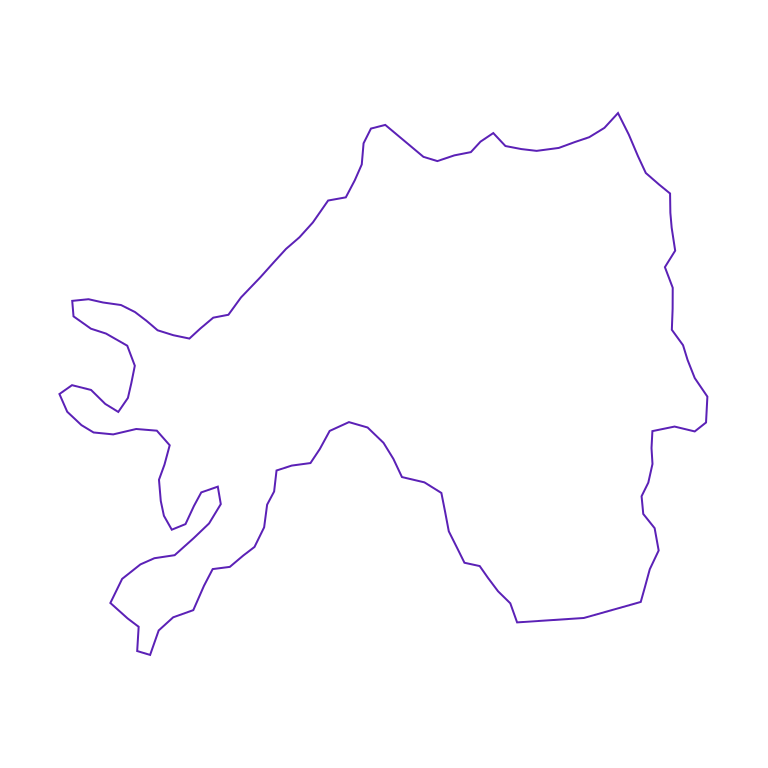 the district of União do Oeste, Santa Catarina, Brazil, rotated 3°
{"feature_id": "56859067B25925090091720", "entity_name": "União do Oeste", "entity_type": "district", "adm_level": 2, "iso_a3": "BRA", "parent_name": "Brazil", "parent_adm1": "Santa Catarina", "projection": "natural_earth1", "projection_center": [-52.874, -26.79], "detail": "fine", "context": "isolated", "style": "outline", "palette": "violet", "viewbox_px": 768, "rotation_deg": 3, "n_neighbors": 0, "source": "geoboundaries", "source_scale": "gbopen_adm2", "svg_char_len": 1869}
<svg xmlns="http://www.w3.org/2000/svg" viewBox="0 0 768 768"><g transform="rotate(3 384 384)"><path d="M651.8,588.2L655.2,573.1L659.1,555.1L667.0,535.9L661.8,513.8L649.7,500.2L647.1,482.6L653.1,468.7L656.3,449.8L654.5,434.0L654.5,417.0L676.4,411.3L696.8,415.1L707.6,405.6L707.6,379.7L694.0,361.8L685.9,344.1L680.6,329.6L668.6,314.8L668.3,293.9L667.3,272.8L658.4,252.6L667.8,235.6L663.1,212.9L661.0,198.0L659.7,178.8L648.5,170.6L634.4,159.6L625.7,143.2L615.5,122.3L603.5,101.2L590.7,116.7L576.0,126.8L561.9,132.4L546.2,139.1L524.2,143.2L508.8,142.2L492.8,140.0L480.0,127.7L467.7,136.9L458.6,147.9L442.3,152.0L425.6,158.6L411.5,155.1L371.7,125.2L357.6,129.6L351.0,144.7L350.3,165.9L344.2,182.0L336.1,199.6L318.6,203.7L304.5,226.4L291.9,241.9L279.1,254.2L267.9,267.8L255.0,283.8L236.7,305.0L225.0,323.0L210.0,326.7L197.8,338.1L187.3,348.8L171.1,346.3L155.1,342.2L143.6,333.4L131.6,325.2L117.2,318.9L99.1,317.3L84.5,314.8L68.3,317.3L70.4,332.7L88.4,344.1L103.8,348.2L125.6,359.2L134.2,378.8L131.6,396.5L129.0,411.3L120.1,425.8L106.7,418.5L91.8,405.3L72.5,401.5L60.4,411.0L69.1,428.3L84.0,440.9L96.5,447.6L116.2,448.5L138.9,441.9L159.6,442.5L173.2,456.4L169.0,476.0L164.3,491.4L167.2,512.5L171.1,527.1L179.7,540.6L193.1,534.3L200.6,515.7L207.2,501.8L223.4,495.2L227.3,512.5L216.6,532.4L202.0,547.9L183.9,565.9L163.8,570.0L150.2,576.9L132.7,592.3L122.2,617.0L140.2,631.5L151.7,639.3L151.5,663.6L164.6,666.8L171.9,641.9L185.7,628.0L205.4,619.8L214.8,594.9L222.6,577.8L239.6,574.7L252.4,562.7L263.2,553.5L271.8,533.4L273.6,510.6L279.9,497.1L281.2,476.0L296.1,470.3L314.7,466.8L323.3,452.3L332.2,433.7L351.0,423.9L369.9,428.3L386.6,442.8L397.3,458.3L406.8,476.0L429.5,480.1L447.0,489.8L451.7,508.4L456.4,527.7L466.4,545.3L473.7,558.3L489.1,560.8L498.0,572.2L508.8,585.1L521.6,596.4L529.4,615.1L595.8,607.2L651.8,588.2Z" fill="none" stroke="#5b21b6" stroke-width="2"/></g></svg>